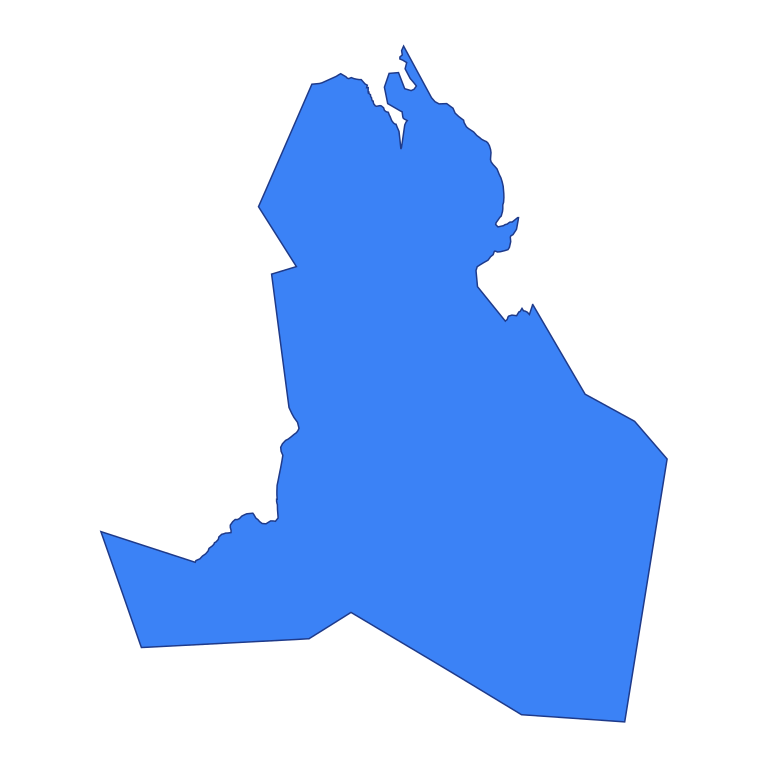 Calihualá, Oaxaca, Mexico (Equal Earth projection)
{"feature_id": "50627088B89954579529198", "entity_name": "Calihualá", "entity_type": "district", "adm_level": 2, "iso_a3": "MEX", "parent_name": "Mexico", "parent_adm1": "Oaxaca", "projection": "equal_earth", "projection_center": [-98.262, 17.554], "detail": "fine", "context": "isolated", "style": "filled", "palette": "blue", "viewbox_px": 768, "rotation_deg": 0, "n_neighbors": 0, "source": "geoboundaries", "source_scale": "gbopen_adm2", "svg_char_len": 3435}
<svg xmlns="http://www.w3.org/2000/svg" viewBox="0 0 768 768"><path d="M624.7,721.9L667.1,459.0L634.6,421.3L585.1,394.2L532.4,303.9L532.7,304.5L529.4,314.5L527.3,312.2L525.1,311.1L523.5,310.8L522.0,308.4L520.0,311.6L518.9,311.9L516.6,315.7L511.9,315.1L508.7,316.1L508.0,317.0L507.3,319.3L506.6,320.1L505.6,320.7L505.3,321.1L477.5,286.7L476.0,270.6L477.2,266.7L480.1,264.8L483.9,262.5L488.0,260.2L490.6,256.7L493.2,254.6L493.9,252.4L494.5,251.2L495.6,251.2L497.4,252.0L500.5,251.7L504.9,250.6L508.0,249.6L509.4,247.4L510.7,241.7L510.3,237.1L510.8,235.9L513.0,234.6L516.5,229.3L518.1,220.5L518.5,217.6L517.7,217.6L514.6,220.1L512.2,222.0L510.0,222.1L508.7,222.9L507.2,224.1L505.1,224.6L503.4,225.7L498.0,226.9L497.0,225.9L495.7,224.5L496.1,222.7L497.7,220.5L499.8,217.4L501.2,216.1L502.5,211.4L502.8,208.9L502.8,204.8L503.6,202.2L503.9,197.5L503.8,193.6L503.2,186.4L502.2,181.9L500.9,177.8L499.3,174.6L497.0,168.9L495.0,166.6L493.1,164.6L491.1,161.9L490.5,159.6L490.6,157.8L491.0,152.7L490.6,149.7L489.4,145.7L487.8,142.9L486.4,141.6L484.3,140.7L481.5,139.2L479.8,137.7L476.8,135.5L473.7,132.0L468.4,128.5L466.4,126.8L464.1,122.6L463.6,120.2L458.7,116.5L455.1,113.1L453.0,108.2L450.9,106.7L446.7,103.6L444.0,103.7L439.1,103.9L435.0,101.7L431.5,97.7L403.6,46.1L401.6,50.6L402.3,54.9L399.9,57.0L399.9,59.0L402.8,60.2L406.7,62.6L405.1,68.8L410.2,78.5L413.3,82.1L416.4,86.0L414.0,89.3L411.1,90.6L404.7,88.7L398.5,72.6L389.1,73.4L384.4,87.2L387.7,103.6L400.3,110.9L402.1,111.8L402.8,116.9L403.2,118.1L403.7,118.6L404.6,119.2L407.3,120.6L406.1,122.0L404.8,124.8L404.5,126.6L402.7,139.2L402.1,143.5L402.0,144.0L401.7,145.8L401.5,147.4L400.9,149.1L399.7,137.7L399.0,131.4L397.2,127.3L396.0,124.2L395.3,124.2L393.6,123.1L391.7,120.6L390.0,116.3L389.3,115.1L388.3,112.3L386.1,111.7L384.4,110.3L383.6,107.8L381.3,105.9L380.0,105.6L376.5,106.3L375.0,105.7L374.6,104.8L373.9,104.2L373.3,102.5L373.2,101.1L372.4,100.9L371.9,99.8L371.7,99.1L371.5,97.6L370.6,96.6L370.5,94.8L369.3,93.8L368.2,92.9L369.0,92.1L368.1,91.4L368.2,87.6L366.6,87.7L367.3,85.2L365.1,84.0L361.2,79.6L359.1,79.6L356.5,79.2L353.9,78.6L351.3,77.6L348.8,78.6L347.3,78.2L346.0,76.8L340.7,73.7L338.7,74.8L336.2,76.4L322.0,82.8L319.4,83.5L311.9,84.2L266.1,189.4L258.5,206.7L296.4,266.6L271.6,274.1L279.7,336.6L289.0,407.5L291.8,413.5L294.0,417.5L297.5,422.3L299.0,428.3L297.9,430.7L296.4,432.7L293.9,434.5L291.3,436.7L288.2,439.1L285.6,440.4L282.5,443.7L280.7,447.3L281.1,451.3L282.8,455.2L282.8,455.5L281.9,461.1L280.7,467.6L279.5,473.5L278.1,480.6L277.1,485.4L276.9,490.9L276.9,495.0L277.2,499.2L276.6,499.2L276.6,501.3L277.1,503.9L277.4,504.4L277.5,509.6L277.7,512.2L278.0,516.0L278.1,518.0L275.4,521.3L273.7,521.0L270.7,520.9L269.0,521.9L266.0,523.8L262.1,523.5L259.5,521.5L258.1,519.8L255.8,518.0L254.0,514.8L252.8,513.2L246.7,513.8L244.4,514.8L241.8,516.1L239.4,518.6L237.3,519.6L235.2,519.5L232.7,521.7L230.3,525.1L230.3,527.5L231.1,530.4L231.0,532.6L227.9,533.0L225.6,533.1L223.7,533.8L221.7,534.3L218.9,536.9L218.3,539.4L215.9,542.0L214.5,542.7L213.8,544.4L212.1,546.1L210.3,547.4L209.0,548.4L208.1,551.0L205.6,553.9L202.5,556.0L199.8,558.9L198.3,559.5L195.9,560.6L195.2,562.3L100.9,531.6L125.1,600.7L130.2,615.4L131.9,620.3L134.7,628.3L137.0,634.9L139.8,643.0L141.4,647.5L146.1,647.3L286.0,640.0L295.9,639.5L307.4,638.8L309.0,638.8L309.5,638.4L325.2,628.6L351.0,612.4L439.0,664.8L455.0,674.4L521.5,714.7L624.7,721.9Z" fill="#3b82f6" stroke="#1e3a8a" stroke-width="1.5"/></svg>